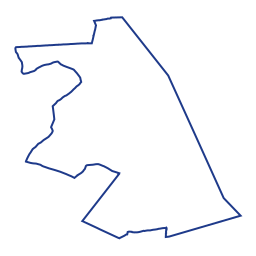 Edam-Volendam, Noord-Holland, Netherlands (Equal Earth projection)
{"feature_id": "6326949B91205406123023", "entity_name": "Edam-Volendam", "entity_type": "district", "adm_level": 2, "iso_a3": "NLD", "parent_name": "Netherlands", "parent_adm1": "Noord-Holland", "projection": "equal_earth", "projection_center": [4.993, 52.549], "detail": "fine", "context": "isolated", "style": "outline", "palette": "blue", "viewbox_px": 256, "rotation_deg": 0, "n_neighbors": 0, "source": "geoboundaries", "source_scale": "gbopen_adm2", "svg_char_len": 5135}
<svg xmlns="http://www.w3.org/2000/svg" viewBox="0 0 256 256"><path d="M168.2,75.5L122.2,17.3L111.0,17.6L110.9,17.7L110.9,18.1L110.8,18.3L110.7,18.3L109.9,18.5L109.4,18.6L109.1,18.6L108.1,18.6L107.7,18.6L107.2,18.8L106.3,19.1L105.6,19.2L105.2,19.2L104.8,19.3L104.2,19.4L103.5,19.5L102.3,19.6L102.0,19.9L101.6,19.9L101.4,19.9L99.4,20.3L99.2,20.2L97.3,20.4L96.4,20.5L95.1,20.8L94.1,20.9L96.0,25.4L96.0,25.6L95.7,26.4L95.6,27.3L95.4,28.0L95.3,28.8L95.2,29.3L94.7,31.0L94.1,33.7L93.6,35.7L93.5,35.9L93.4,35.9L93.4,36.0L93.4,36.3L93.5,36.3L92.8,39.4L92.2,41.7L91.8,43.3L89.4,43.3L88.4,43.3L88.4,43.2L88.2,43.1L87.7,43.0L87.4,43.2L87.4,43.3L85.2,43.4L84.4,43.4L84.2,43.4L82.6,43.4L81.7,43.4L79.8,43.5L78.3,43.6L77.6,43.6L75.2,43.8L71.8,44.0L70.7,44.0L68.9,44.2L67.1,44.3L66.2,44.3L65.1,44.4L63.9,44.4L63.4,44.4L62.4,44.5L61.4,44.6L60.0,44.7L58.7,44.7L58.4,44.7L58.3,44.8L58.0,44.8L56.7,44.8L55.2,44.9L54.8,44.9L54.3,45.0L54.0,45.0L53.6,45.0L53.4,45.0L52.6,45.1L51.8,45.1L50.9,45.2L49.5,45.2L48.1,45.3L47.5,45.4L46.8,45.4L45.9,45.4L44.8,45.5L44.4,45.5L43.3,45.6L43.0,45.6L42.7,45.7L41.7,45.7L41.0,45.8L40.6,45.8L39.5,45.9L39.1,45.9L38.6,45.9L37.2,45.9L35.2,46.1L34.2,46.1L33.3,46.2L32.6,46.2L31.9,46.3L31.5,46.3L31.0,46.3L29.8,46.4L29.2,46.4L28.6,46.4L28.3,46.5L27.2,46.6L25.6,46.7L25.4,46.7L25.1,46.7L23.0,46.8L22.6,46.8L21.7,46.8L19.8,47.0L17.1,47.1L16.0,47.2L15.5,47.9L15.4,48.1L15.4,48.9L15.8,51.4L15.9,51.9L16.0,52.1L16.1,52.3L17.0,53.3L17.3,53.7L17.5,54.1L17.7,54.5L18.4,56.9L18.7,57.6L18.7,57.8L18.9,58.0L19.4,58.7L20.5,60.2L21.3,61.4L21.6,61.8L21.8,62.1L22.0,63.0L22.0,63.4L22.3,65.0L22.4,66.4L22.2,68.3L21.9,69.3L21.8,70.1L21.6,71.4L21.6,71.7L21.7,71.8L21.8,71.9L22.3,72.7L22.5,72.9L22.8,73.3L23.1,73.5L23.4,73.7L23.7,73.8L24.0,73.8L25.1,73.6L27.4,73.2L27.9,73.1L28.6,72.9L28.9,72.8L29.8,72.3L30.1,72.2L33.8,71.1L34.1,71.0L34.7,70.6L35.6,70.0L36.0,69.5L36.2,69.3L36.3,69.1L36.4,68.9L36.5,68.8L36.7,68.7L39.1,67.3L39.6,67.1L41.9,65.9L42.4,65.7L42.9,65.5L44.4,65.0L47.0,64.5L48.2,64.4L48.6,64.3L49.8,64.0L51.3,63.5L52.6,62.7L52.9,62.6L54.1,62.2L57.2,61.6L57.4,61.6L57.8,61.6L58.1,61.8L58.3,61.9L58.7,62.3L59.5,63.1L60.4,63.9L60.7,64.3L61.0,64.4L62.2,65.0L63.1,65.5L64.0,65.9L64.8,66.2L66.6,66.9L69.1,67.8L71.8,68.8L73.5,69.5L73.9,69.8L74.6,70.6L75.3,71.4L76.2,72.4L77.1,73.4L77.9,74.5L78.6,75.4L79.5,76.6L79.9,77.2L80.2,77.7L80.3,78.0L80.4,78.7L80.5,79.1L80.7,80.1L80.7,80.3L80.9,80.7L81.2,82.0L80.6,82.7L80.2,83.1L80.0,83.4L79.6,84.1L78.7,84.9L77.8,85.6L77.0,86.1L76.5,86.5L76.1,86.9L75.5,87.6L75.0,88.1L73.9,89.1L73.6,89.3L72.7,90.3L72.3,90.7L71.0,92.0L70.4,92.4L69.6,93.1L68.8,93.7L68.2,94.1L66.7,95.2L66.2,95.5L65.1,95.9L64.6,96.1L63.1,97.2L62.8,97.3L62.4,97.7L61.2,98.9L60.8,99.2L60.1,99.7L59.5,100.1L58.1,100.7L57.8,100.9L57.4,101.2L56.8,102.0L56.4,102.5L56.1,103.0L54.3,104.7L53.1,105.8L52.7,106.2L52.7,106.3L53.0,108.1L53.9,115.5L54.2,118.2L54.3,119.3L54.3,119.5L54.1,119.9L53.7,120.9L51.4,126.4L51.2,126.9L51.1,127.2L51.1,127.3L51.9,128.7L52.2,129.4L52.7,130.7L52.7,131.0L52.6,131.4L52.1,132.5L51.5,133.5L51.4,133.6L48.6,136.8L48.2,137.1L47.6,137.5L45.9,138.6L45.6,138.8L43.7,140.0L43.1,140.5L40.8,142.5L40.6,142.6L38.7,143.6L38.4,143.7L38.2,143.9L37.5,144.7L35.6,146.9L35.4,147.1L34.2,147.9L33.6,148.4L33.1,148.8L32.9,148.9L32.7,149.1L32.3,149.7L30.5,152.6L29.6,153.8L29.1,154.7L28.3,156.2L27.8,157.2L27.2,158.4L26.6,159.8L25.9,161.4L25.9,161.6L30.5,162.9L32.1,163.2L33.4,163.4L35.2,163.5L36.0,163.6L36.7,163.7L37.2,163.9L40.2,164.7L40.6,164.9L41.3,165.3L42.0,165.8L43.3,166.4L43.9,166.6L45.4,167.1L49.1,168.4L53.7,169.7L56.0,170.4L60.1,171.7L61.9,172.4L65.7,173.9L65.8,173.9L68.5,175.1L71.4,176.3L74.4,177.9L77.2,175.6L78.3,174.8L78.6,174.6L79.2,174.2L79.7,173.9L79.8,173.9L79.7,173.9L80.2,173.6L81.0,173.1L81.9,172.4L82.6,171.7L82.8,171.6L83.1,171.3L83.6,170.4L84.3,169.6L84.5,169.3L84.8,169.0L84.9,168.9L85.0,168.6L85.6,166.9L85.8,166.2L86.2,165.7L86.5,165.5L86.8,165.3L87.3,165.2L87.8,165.1L93.0,164.7L95.9,164.2L97.4,164.1L97.8,164.1L98.2,164.1L98.4,164.2L98.9,164.3L99.8,164.6L102.9,165.9L103.9,166.2L104.4,166.5L106.0,167.3L107.9,168.3L110.1,169.7L111.1,170.3L111.8,170.8L112.2,171.0L112.8,171.2L115.8,172.1L119.1,173.2L118.4,174.1L118.5,174.2L118.8,174.3L82.3,221.1L97.2,228.0L97.4,228.1L99.6,229.2L118.4,237.9L119.2,238.2L119.0,238.7L120.2,237.7L121.0,237.4L122.0,236.9L124.4,235.7L124.7,235.5L125.6,234.9L126.5,234.4L127.2,234.4L127.3,234.0L127.7,232.0L129.0,231.6L131.8,231.8L132.0,232.1L132.5,232.2L133.6,232.3L134.3,232.3L134.5,232.4L135.7,232.3L137.2,232.3L138.2,232.2L140.1,231.8L143.6,230.8L143.8,230.8L144.4,231.0L144.9,230.9L146.3,230.6L147.8,230.4L149.3,230.4L150.1,230.4L152.9,229.8L155.5,229.5L157.3,229.2L158.6,228.8L159.7,228.7L162.4,228.2L164.3,228.0L165.7,228.1L166.1,228.0L166.3,227.7L166.5,227.9L166.6,228.7L166.2,228.7L166.2,228.9L166.3,229.0L166.3,229.4L166.3,229.9L166.2,230.1L166.3,230.3L166.2,230.5L166.2,230.8L166.0,231.6L166.1,232.6L166.0,232.8L166.1,233.3L165.9,233.5L165.9,234.0L165.9,234.4L165.9,234.5L165.9,235.6L165.8,236.0L165.8,236.3L165.8,236.7L165.8,236.9L165.8,237.0L169.1,236.6L240.6,215.7L223.7,198.1L195.3,135.2L168.2,75.5Z" fill="none" stroke="#1e3a8a" stroke-width="2"/></svg>